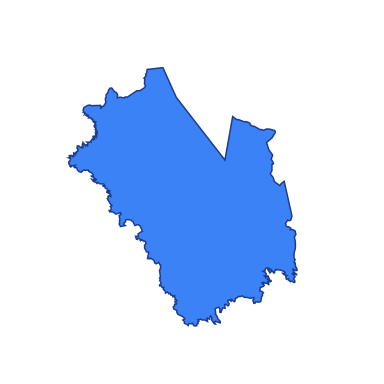 outline of Akyem Mansa, Eastern, Ghana, rotated 313°
{"feature_id": "2480657B32538733435540", "entity_name": "Akyem Mansa", "entity_type": "district", "adm_level": 2, "iso_a3": "GHA", "parent_name": "Ghana", "parent_adm1": "Eastern", "projection": "equal_earth", "projection_center": [-1.143, 6.082], "detail": "fine", "context": "isolated", "style": "filled", "palette": "blue", "viewbox_px": 384, "rotation_deg": 313, "n_neighbors": 0, "source": "geoboundaries", "source_scale": "gbopen_adm2", "svg_char_len": 5977}
<svg xmlns="http://www.w3.org/2000/svg" viewBox="0 0 384 384"><g transform="rotate(313 192 192)"><path d="M128.3,83.4L128.6,85.2L127.6,85.2L127.6,86.3L129.0,86.4L132.0,88.5L129.8,88.8L129.7,89.5L131.1,91.2L130.0,93.0L129.9,95.4L130.7,97.4L134.4,97.8L135.2,99.4L137.4,101.2L136.6,102.4L137.5,105.3L137.4,108.0L136.5,108.5L134.9,107.5L134.8,107.9L135.8,110.2L135.0,111.3L135.9,112.4L135.9,113.4L134.7,113.5L133.0,110.1L132.5,112.6L133.5,115.0L133.5,116.8L134.7,116.5L135.2,119.1L137.7,122.0L137.4,123.3L135.7,122.6L135.7,123.3L136.7,124.0L135.7,125.9L136.3,127.8L135.6,129.3L136.9,130.8L135.9,131.7L134.3,129.4L133.7,129.9L134.7,133.7L134.4,134.8L133.2,135.7L133.1,134.0L131.6,133.5L130.4,134.6L129.4,134.5L127.6,140.4L127.6,142.5L125.7,142.2L125.6,143.4L124.1,144.7L123.1,144.9L122.0,144.0L121.4,145.4L123.4,147.5L124.0,151.5L128.1,153.7L127.2,155.4L125.2,154.7L122.3,158.3L121.1,158.8L120.1,160.3L118.9,160.5L118.0,163.2L121.9,166.1L121.9,164.4L122.4,163.5L125.0,163.7L126.3,162.5L127.2,162.9L129.7,166.1L129.9,169.5L128.5,173.1L131.0,174.4L131.5,175.1L131.7,177.4L129.6,182.4L124.8,181.1L122.8,183.0L121.1,180.9L119.6,183.5L120.0,184.4L121.5,184.2L122.2,186.7L121.4,186.9L121.2,187.6L123.0,188.0L122.8,189.7L124.1,191.3L123.0,193.4L120.5,193.7L118.3,196.0L118.2,197.4L117.1,199.4L118.5,201.4L112.9,204.9L114.3,206.6L115.2,206.7L116.2,211.0L114.7,213.0L115.0,214.8L117.9,215.7L116.9,218.2L117.2,218.9L114.3,221.3L112.6,221.6L108.5,226.7L107.0,226.9L106.7,228.2L105.2,228.8L104.8,230.8L104.0,231.7L101.5,231.8L101.3,232.5L102.0,233.0L102.2,234.0L101.8,235.4L102.9,236.4L101.4,237.2L101.1,240.6L100.0,241.5L102.2,242.4L101.7,244.5L103.0,245.2L102.2,246.7L103.1,248.2L102.4,249.5L104.2,250.0L103.1,251.0L102.9,252.4L101.6,253.1L102.6,254.5L102.0,255.2L100.0,254.5L100.0,256.6L98.9,256.9L98.1,255.8L96.8,256.8L95.1,256.7L94.0,258.4L95.0,261.6L93.7,262.9L92.9,265.1L94.7,270.6L94.2,273.3L92.1,272.6L92.1,274.9L90.7,276.0L91.6,278.1L91.8,280.3L93.8,279.4L95.2,281.5L96.4,281.9L95.4,284.5L97.3,286.7L98.7,285.6L100.0,286.2L101.2,284.7L102.1,285.2L102.7,283.5L103.2,284.3L104.8,284.8L105.1,286.4L107.1,288.7L107.9,291.7L109.9,289.0L111.0,291.6L113.1,290.2L114.3,290.3L113.3,292.6L111.8,293.5L110.9,298.2L111.4,299.2L112.1,297.0L113.3,297.2L115.5,301.9L116.6,301.0L117.0,297.3L118.4,294.4L118.7,292.2L119.7,291.9L122.2,288.7L124.3,289.1L126.0,290.5L125.5,292.1L123.0,294.4L123.6,295.3L128.2,293.5L129.5,295.5L131.9,292.7L133.0,293.4L133.2,295.8L133.9,296.3L135.7,295.2L136.4,292.8L137.4,292.1L138.6,293.1L138.8,295.0L140.2,294.0L140.5,297.3L141.0,298.0L144.1,296.3L145.7,297.2L147.3,297.1L148.2,298.5L150.3,299.6L150.7,302.3L151.9,303.4L154.3,307.4L156.9,309.0L156.7,310.0L154.3,310.3L152.8,313.2L153.5,313.9L155.2,313.5L157.1,316.0L158.8,317.0L162.9,314.3L164.3,314.2L165.3,313.1L167.0,313.0L167.0,310.9L165.9,309.2L168.6,307.0L171.6,308.6L173.1,308.4L172.8,306.3L173.3,305.1L173.8,305.4L174.0,306.7L175.0,306.2L175.2,307.7L176.4,309.3L176.6,311.2L177.1,311.1L177.9,308.7L179.9,310.6L180.9,310.7L181.1,310.1L180.1,309.1L179.4,307.0L180.0,306.7L180.4,308.1L180.9,308.3L182.4,304.9L181.9,304.4L179.8,304.5L180.0,302.2L181.1,303.5L182.8,302.0L183.1,300.4L182.5,298.1L184.0,299.2L185.1,298.4L187.0,298.1L188.5,299.6L188.7,301.0L188.2,301.4L187.8,300.1L187.2,300.1L186.0,304.2L187.4,304.3L189.1,303.0L188.6,307.2L189.3,307.5L190.0,306.6L192.3,306.1L192.7,307.2L193.5,307.5L195.2,310.0L196.8,313.8L196.6,314.8L195.9,315.4L194.4,313.8L194.3,315.6L195.5,318.2L194.5,317.8L192.6,320.5L194.4,321.7L193.3,322.5L193.7,323.5L193.4,325.0L194.2,325.1L194.9,326.1L195.4,328.4L196.5,328.6L197.4,327.2L197.6,325.4L200.3,325.2L200.6,321.1L201.5,321.1L202.4,324.7L202.9,324.9L203.2,324.6L202.9,322.4L203.4,319.9L204.5,318.5L205.0,321.2L206.2,322.3L206.9,320.9L207.3,321.2L208.1,318.6L210.5,315.8L210.0,315.0L210.4,314.5L212.9,313.5L213.1,311.8L217.0,308.3L221.6,305.8L225.8,301.8L228.9,297.6L231.9,296.9L233.9,293.7L232.9,290.8L231.5,289.6L232.9,288.8L232.6,286.8L231.2,284.6L232.7,281.9L236.7,281.1L237.2,282.7L238.8,283.4L242.6,281.5L262.7,252.1L258.9,251.5L256.6,251.9L255.8,245.4L258.1,240.9L258.6,236.9L262.1,235.9L266.8,231.6L267.7,232.3L268.6,232.0L270.1,227.5L274.0,225.9L275.3,219.3L279.0,212.8L286.6,213.6L292.3,212.3L293.2,211.4L293.3,210.4L290.8,205.7L289.1,203.7L285.4,201.8L285.2,200.3L284.0,199.2L282.7,193.3L281.0,190.3L280.9,189.2L281.6,188.3L281.5,186.0L280.0,183.2L279.2,182.8L276.7,176.8L275.4,175.2L274.9,170.3L237.8,194.3L250.5,115.9L263.1,85.9L251.0,75.6L248.2,77.6L246.5,77.8L245.5,79.2L242.7,79.2L243.1,79.7L238.6,83.6L238.0,85.6L235.9,86.1L230.5,84.8L228.5,82.6L217.2,80.0L216.1,78.4L214.5,78.2L212.4,74.8L209.9,73.1L212.3,71.4L213.2,68.9L212.5,67.2L213.3,62.5L212.3,61.3L210.3,61.3L206.3,63.0L204.7,62.7L202.6,64.7L201.4,64.7L198.6,68.0L194.2,68.8L193.2,67.9L191.4,68.3L191.1,68.2L193.0,66.1L186.5,59.5L185.8,57.8L183.7,56.4L180.0,55.4L177.5,56.6L176.8,58.3L176.2,58.1L176.5,59.8L175.8,60.2L176.8,60.2L176.9,60.8L176.3,62.6L175.8,62.3L175.9,63.2L176.8,62.7L177.4,63.8L176.3,64.4L176.5,65.9L175.8,65.9L177.2,67.5L176.8,68.5L177.5,69.1L176.8,69.7L177.3,70.8L176.2,71.3L176.0,72.5L176.6,73.5L177.3,72.9L177.7,73.9L175.5,74.5L175.2,76.4L174.7,76.2L174.6,75.3L173.5,75.4L173.0,76.7L173.6,77.6L172.7,78.1L172.6,79.0L171.6,78.8L171.7,81.1L171.2,81.7L170.7,80.3L170.2,80.5L170.2,82.8L168.8,83.2L169.4,82.2L169.0,81.5L167.9,82.9L167.9,83.9L167.3,83.4L166.6,84.4L166.6,82.8L166.1,82.2L165.2,83.4L164.9,82.3L164.4,83.4L163.7,82.9L163.8,84.5L162.8,84.2L161.9,83.0L160.0,83.3L159.6,84.1L156.8,81.2L157.0,82.5L154.6,84.0L154.7,82.7L153.1,82.6L153.7,81.5L153.2,80.6L153.8,79.9L153.4,79.2L153.7,78.6L152.0,79.4L152.1,80.4L150.5,80.3L150.2,82.0L149.6,81.9L148.7,80.1L148.4,77.6L147.5,76.7L145.6,78.0L145.6,79.5L144.6,79.7L144.3,80.6L141.3,79.9L141.3,80.6L140.6,80.1L139.9,81.0L139.7,79.0L137.6,81.1L137.1,80.1L136.8,81.9L136.6,79.6L135.3,79.0L135.8,78.2L134.8,77.5L134.0,79.4L132.8,78.5L133.5,80.3L132.3,81.3L129.9,81.3L128.3,83.4Z" fill="#3b82f6" stroke="#1e3a8a" stroke-width="1.5"/></g></svg>